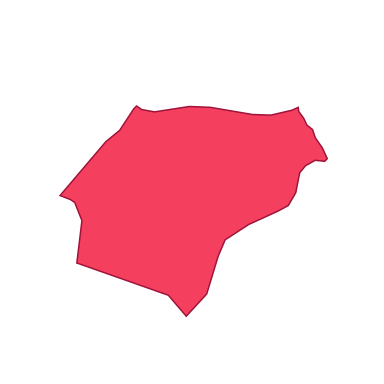 Loška dolina, orthographic projection, rotated 238°
{"feature_id": "SVN-209", "entity_name": "Loška dolina", "entity_type": "Municipality", "adm_level": 1, "iso_a3": "SVN", "parent_name": "Slovenia", "parent_adm1": "", "projection": "orthographic", "projection_center": [14.485, 45.663], "detail": "fine", "context": "isolated", "style": "filled", "palette": "rose", "viewbox_px": 384, "rotation_deg": 238, "n_neighbors": 0, "source": "natural_earth", "source_scale": "10m", "svg_char_len": 644}
<svg xmlns="http://www.w3.org/2000/svg" viewBox="0 0 384 384"><g transform="rotate(238 192 192)"><path d="M294.3,190.6L288.5,193.1L279.8,202.7L265.9,235.1L254.1,252.4L225.8,284.2L215.4,299.6L208.4,320.1L207.5,326.9L207.0,326.7L203.7,325.2L195.4,325.8L187.9,324.9L181.1,327.3L172.6,325.3L160.3,325.9L148.6,324.4L147.7,320.8L153.6,313.3L154.1,302.1L151.2,293.5L136.4,279.6L129.5,266.5L130.2,255.2L134.4,223.0L133.9,194.8L123.7,180.2L97.7,150.4L89.7,121.3L117.0,117.2L192.8,56.7L226.1,83.5L245.2,87.0L250.0,84.9L258.9,78.2L280.4,145.8L282.6,163.3L293.4,186.7L294.2,190.0L294.3,190.6Z" fill="#f43f5e" stroke="#9f1239" stroke-width="1.5"/></g></svg>